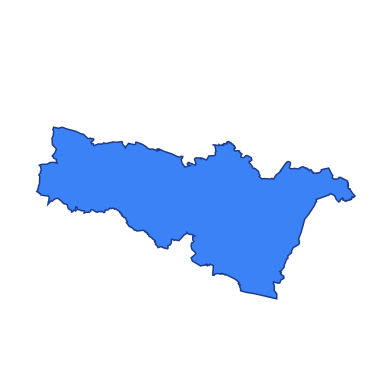 outline of Ixmiquilpan, Hidalgo, Mexico, rotated 292°
{"feature_id": "50627088B45047624087039", "entity_name": "Ixmiquilpan", "entity_type": "district", "adm_level": 2, "iso_a3": "MEX", "parent_name": "Mexico", "parent_adm1": "Hidalgo", "projection": "equal_earth", "projection_center": [-99.19, 20.539], "detail": "fine", "context": "isolated", "style": "filled", "palette": "blue", "viewbox_px": 384, "rotation_deg": 292, "n_neighbors": 0, "source": "geoboundaries", "source_scale": "gbopen_adm2", "svg_char_len": 6058}
<svg xmlns="http://www.w3.org/2000/svg" viewBox="0 0 384 384"><g transform="rotate(292 192 192)"><path d="M124.7,310.6L129.4,308.7L131.5,305.0L134.9,304.0L135.5,303.2L136.5,303.1L137.8,301.6L139.3,301.3L139.3,303.7L139.8,306.1L140.5,307.4L143.6,307.4L146.4,309.5L147.1,309.3L147.3,308.7L148.3,308.6L149.0,305.5L149.6,305.2L149.7,304.4L150.9,304.8L151.3,303.2L152.7,304.6L154.2,304.4L156.3,305.6L158.8,304.9L164.2,304.9L165.9,305.2L166.4,305.8L168.7,304.7L172.5,306.9L173.5,306.9L174.0,306.4L177.6,306.6L178.6,306.9L182.4,310.0L184.2,310.8L185.7,310.5L188.5,308.4L195.6,308.3L209.1,306.7L215.4,308.6L225.0,310.5L228.8,310.6L229.7,311.1L231.5,309.9L240.6,320.1L242.5,321.3L242.0,325.7L239.3,328.4L237.7,331.8L238.9,332.6L240.6,332.5L242.4,333.8L242.2,334.1L242.8,334.0L242.4,334.7L241.1,334.9L241.4,336.2L240.9,337.0L241.0,337.8L241.7,338.3L241.5,338.9L242.4,339.0L243.1,340.8L244.3,340.9L244.5,341.4L244.2,341.8L244.9,342.6L246.0,342.3L247.0,343.0L247.5,342.5L247.5,344.0L248.4,344.1L248.5,343.5L248.7,344.2L249.4,344.6L250.8,341.5L253.4,337.8L253.5,336.8L254.1,337.0L254.1,335.3L255.2,335.0L255.2,334.6L256.5,334.6L256.5,334.2L257.1,334.2L257.1,333.8L257.8,334.0L259.1,333.3L259.1,332.5L260.5,332.1L261.2,324.1L260.6,322.9L259.2,322.6L257.9,321.0L257.9,320.2L257.2,319.3L257.5,316.7L260.1,316.3L260.8,314.9L265.4,309.8L261.2,303.6L260.5,304.0L258.1,303.2L257.5,302.9L256.4,300.7L256.2,301.3L255.9,301.1L256.2,300.3L254.8,297.6L255.0,296.9L255.7,297.0L255.5,296.1L256.9,294.8L257.2,293.9L255.8,293.4L256.2,292.0L256.7,291.9L256.7,290.3L257.1,289.6L257.0,288.9L256.7,289.0L256.7,287.9L257.1,285.8L256.5,284.7L254.5,282.6L253.9,282.7L253.1,282.0L252.5,278.7L250.5,274.8L250.7,273.8L251.3,273.0L254.6,272.9L256.1,272.2L256.4,271.7L256.3,269.8L255.7,269.0L254.0,268.3L244.8,266.0L244.6,266.5L238.7,263.4L234.6,262.9L234.3,262.0L234.6,261.0L233.3,259.7L231.7,254.4L230.2,251.4L231.2,249.8L231.5,248.5L232.7,248.8L233.9,247.3L236.0,246.0L237.4,241.6L237.4,241.1L236.8,240.6L236.7,239.9L237.7,239.1L239.3,236.7L240.4,234.8L240.5,233.9L241.5,233.4L242.6,234.8L244.1,235.5L246.1,233.8L246.5,229.5L245.7,228.2L243.5,227.3L242.8,225.9L242.8,224.1L244.9,223.5L245.0,223.9L246.0,224.0L246.7,221.2L247.7,220.7L247.3,220.3L247.7,219.4L246.1,216.3L247.4,214.8L249.0,215.7L249.7,215.2L249.8,214.4L250.8,213.9L250.8,213.0L251.6,211.8L251.4,211.2L252.2,209.6L251.8,208.6L252.5,208.1L252.0,207.4L252.4,206.8L251.7,206.0L250.3,206.3L250.6,205.5L249.4,205.6L248.8,203.4L247.6,203.4L247.1,203.9L246.8,203.6L246.8,203.0L247.3,202.4L246.4,201.8L245.8,200.3L246.0,199.2L245.1,199.5L243.9,194.5L243.7,194.3L243.7,195.1L242.6,196.7L239.4,198.4L239.1,198.9L237.1,198.8L235.6,199.7L234.8,199.6L233.8,198.8L231.9,194.2L227.1,193.5L227.2,189.1L226.7,188.2L227.0,187.6L226.9,187.3L226.2,187.8L226.2,185.9L225.2,183.1L224.4,182.2L223.3,182.1L219.7,185.0L218.2,185.1L218.0,179.6L218.3,178.0L217.3,177.1L216.3,177.1L215.5,178.2L215.5,180.1L212.5,175.9L215.2,171.9L217.0,170.5L218.3,169.7L219.9,170.4L221.5,170.1L220.9,168.4L219.6,167.4L219.3,165.4L219.8,159.2L219.2,151.0L219.6,145.3L219.0,144.1L218.4,145.6L217.8,143.7L217.0,145.3L217.2,139.7L215.8,136.4L216.1,133.8L216.7,132.7L217.6,128.4L217.4,121.9L217.0,121.2L215.6,121.7L214.2,120.9L213.3,114.8L212.2,114.9L210.1,113.9L208.0,113.6L209.2,112.1L209.9,110.3L210.9,109.2L212.2,108.7L212.4,107.9L209.9,103.5L208.6,99.6L208.0,99.2L207.0,97.3L204.8,94.3L204.4,93.2L204.6,91.9L202.9,90.9L201.3,87.0L198.3,83.7L198.7,82.9L199.6,82.6L199.8,81.7L199.1,80.7L200.0,79.8L200.5,79.6L202.4,81.0L203.6,81.3L204.3,80.9L204.4,80.1L203.7,78.7L203.8,77.4L203.3,77.3L202.6,75.5L204.8,69.8L204.3,66.6L204.8,62.0L203.5,51.7L203.5,47.8L203.0,46.8L201.1,44.5L200.2,39.4L197.7,39.6L196.5,41.0L192.2,42.2L189.4,42.1L184.4,44.4L183.6,44.9L181.0,50.3L176.9,50.2L173.0,48.9L172.7,50.1L171.7,50.8L171.5,51.4L171.5,54.0L170.0,54.5L168.2,56.0L167.8,52.9L166.1,49.3L164.0,47.7L163.1,46.4L161.3,42.3L159.7,40.4L159.1,41.7L155.8,44.2L154.5,43.7L153.0,44.5L150.6,43.6L149.6,44.9L142.5,47.5L140.1,47.5L136.2,48.2L134.4,47.8L134.1,48.3L134.3,49.9L133.7,50.3L133.7,51.5L132.7,52.6L133.4,56.9L134.4,60.0L134.1,60.8L133.2,61.8L126.6,63.0L130.8,64.6L131.3,66.0L134.0,67.3L135.7,69.4L135.8,70.3L135.0,73.2L133.2,77.3L133.6,80.6L133.2,81.4L132.0,82.0L130.4,83.4L129.8,85.0L129.9,85.9L129.6,87.2L128.3,87.8L128.8,88.5L131.0,89.4L130.8,91.3L131.7,91.4L132.7,90.4L134.4,89.9L134.8,90.2L134.9,91.1L132.9,92.5L133.3,94.7L133.1,96.6L133.9,97.7L134.1,99.2L132.1,99.8L133.3,101.1L134.9,104.4L136.2,105.2L137.3,104.9L138.1,105.5L138.3,107.1L137.5,110.3L137.8,110.8L137.7,111.7L138.8,112.7L140.3,116.2L139.9,118.0L140.3,118.6L142.7,118.5L144.1,121.0L146.4,122.0L146.4,123.5L147.4,124.6L147.5,126.1L147.0,126.6L147.7,127.8L146.8,132.1L146.4,133.0L146.0,132.8L145.6,133.5L145.3,134.8L144.4,135.1L144.5,135.6L143.5,136.5L143.7,137.0L142.8,138.7L143.3,139.9L141.1,141.9L140.5,143.1L139.2,142.6L136.6,146.7L136.3,150.5L135.1,152.9L135.5,154.7L135.2,155.6L138.4,161.4L137.9,163.1L137.5,163.0L137.6,164.1L137.2,164.7L137.6,164.9L137.6,165.8L136.1,166.6L136.6,167.6L134.9,168.7L134.5,171.8L133.8,173.0L133.0,176.1L132.1,176.0L132.0,176.7L131.4,176.5L130.5,177.9L129.7,177.9L129.0,180.0L127.7,181.4L129.7,183.5L129.6,187.3L130.2,190.6L131.0,190.8L133.2,189.8L135.0,191.6L136.3,191.9L140.4,190.8L140.9,191.9L140.4,193.6L141.3,194.3L142.0,198.1L149.5,200.9L151.8,202.8L152.6,202.5L151.9,203.8L151.8,205.6L152.6,208.2L152.3,210.9L151.2,209.4L147.8,210.7L147.0,212.2L145.7,211.9L144.5,210.7L141.2,211.6L138.8,213.5L137.0,218.1L136.4,218.4L135.5,218.4L130.5,215.9L128.1,218.3L126.7,227.6L129.1,231.4L129.7,231.7L129.5,232.6L130.0,232.8L129.8,233.3L130.5,232.8L130.4,235.5L131.8,235.6L131.7,239.4L122.7,242.3L123.1,243.8L124.3,244.0L125.6,245.4L126.4,247.6L126.5,249.3L127.1,249.5L127.1,250.4L127.8,250.4L127.5,253.7L128.0,253.7L127.9,254.6L128.2,254.8L127.5,263.4L126.9,266.5L125.8,268.8L125.7,269.6L124.6,269.3L124.6,270.2L124.0,270.1L124.1,270.9L123.6,270.7L123.4,271.4L122.9,271.1L120.6,273.1L118.6,274.1L119.3,280.0L121.0,287.2L124.7,310.6Z" fill="#3b82f6" stroke="#1e3a8a" stroke-width="1.5"/></g></svg>